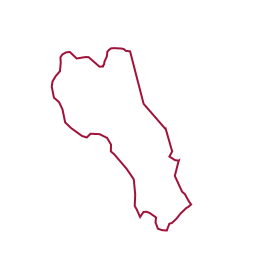 Coubaril Estate, Soufrière, Saint Lucia, rotated 41°
{"feature_id": "8701671B11157561333534", "entity_name": "Coubaril Estate", "entity_type": "district", "adm_level": 2, "iso_a3": "LCA", "parent_name": "Saint Lucia", "parent_adm1": "Soufrière", "projection": "robinson", "projection_center": [-61.055, 13.847], "detail": "fine", "context": "isolated", "style": "outline", "palette": "rose", "viewbox_px": 256, "rotation_deg": 41, "n_neighbors": 0, "source": "geoboundaries", "source_scale": "gbopen_adm2", "svg_char_len": 1261}
<svg xmlns="http://www.w3.org/2000/svg" viewBox="0 0 256 256"><g transform="rotate(41 128 128)"><path d="M102.7,162.4L103.1,162.2L103.5,156.9L110.6,151.3L118.7,149.2L126.1,151.7L130.4,156.9L135.0,156.9L153.7,159.7L162.0,161.9L166.1,163.0L177.1,173.5L184.2,182.4L185.6,182.9L187.3,183.5L187.7,183.6L194.8,186.9L195.5,187.2L194.8,181.2L196.9,179.1L200.1,177.9L207.9,177.1L210.7,181.2L216.7,184.4L220.6,182.8L222.7,181.3L224.5,179.9L222.0,173.1L223.4,171.1L223.5,170.4L224.1,164.6L223.8,158.6L223.8,157.7L224.0,155.8L224.5,150.0L225.2,148.4L225.3,147.6L225.8,144.3L222.4,143.5L219.4,142.5L214.4,140.6L210.6,140.6L194.7,133.4L192.8,129.5L192.6,129.1L192.2,128.3L189.7,123.4L187.7,119.2L187.6,119.5L184.3,121.5L181.1,121.9L178.0,122.4L177.7,121.1L176.7,116.7L157.0,103.9L157.0,104.2L123.9,99.5L79.3,68.8L76.3,70.8L75.8,71.2L73.2,71.2L71.1,72.2L65.0,76.9L62.9,79.1L62.4,81.6L62.4,84.0L65.1,87.9L65.4,88.9L66.0,91.0L66.5,92.6L66.7,93.4L68.2,95.7L68.2,97.3L68.8,97.9L66.3,100.4L62.4,100.4L51.8,100.4L49.3,102.4L43.7,109.2L34.1,108.8L31.6,111.7L30.2,115.7L30.6,118.9L30.8,119.1L34.5,123.0L39.4,129.8L39.4,136.3L40.5,142.4L43.3,146.8L52.2,153.7L58.9,153.7L66.3,156.9L76.9,165.0L85.1,165.4L98.5,164.2L102.7,162.4Z" fill="none" stroke="#9f1239" stroke-width="2"/></g></svg>